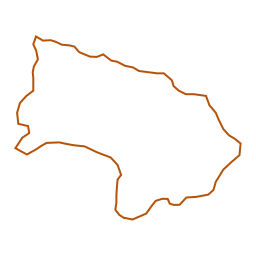 Tymvou, Cyprus
{"feature_id": "46923920B59196916955997", "entity_name": "Tymvou", "entity_type": "district", "adm_level": 2, "iso_a3": "CYP", "parent_name": "Cyprus", "parent_adm1": "", "projection": "albers", "projection_center": [33.506, 35.133], "detail": "fine", "context": "isolated", "style": "outline", "palette": "amber", "viewbox_px": 256, "rotation_deg": 0, "n_neighbors": 0, "source": "geoboundaries", "source_scale": "gbopen_adm2", "svg_char_len": 1112}
<svg xmlns="http://www.w3.org/2000/svg" viewBox="0 0 256 256"><path d="M36.0,36.5L33.3,44.3L36.2,50.7L37.9,59.4L33.9,66.4L32.7,72.2L33.3,78.0L33.3,90.7L26.4,95.9L20.0,102.9L17.1,112.8L17.8,119.1L18.3,123.8L28.1,126.1L29.2,133.1L22.3,137.7L15.4,148.2L26.9,154.5L36.2,149.3L41.4,145.8L46.6,142.9L59.3,142.4L67.3,144.1L74.3,145.3L84.7,146.4L96.8,152.2L110.7,157.5L117.6,165.0L121.1,174.9L117.6,179.5L117.0,185.9L116.4,195.2L116.4,202.7L115.3,209.7L119.3,214.9L124.1,218.0L124.3,217.8L132.5,219.5L146.2,213.6L151.1,206.7L155.6,200.9L162.6,198.7L162.8,198.7L163.8,198.9L167.7,198.9L169.7,203.6L173.8,204.9L179.6,204.8L186.4,197.5L196.2,196.9L208.3,194.6L213.5,189.9L215.8,181.8L223.3,169.6L231.4,162.1L239.5,155.1L240.6,143.5L234.9,138.9L229.1,135.4L223.3,129.0L218.7,119.7L215.8,112.8L209.4,105.2L206.0,95.9L193.8,94.2L185.8,94.2L178.8,90.7L173.6,86.1L171.9,80.3L163.8,73.3L156.9,73.3L139.0,71.0L133.2,67.5L125.1,65.8L117.0,61.7L111.3,60.6L103.2,54.4L96.9,56.9L89.9,56.6L84.4,54.3L79.2,52.1L74.4,46.6L69.6,45.4L61.8,44.7L55.5,41.7L50.7,40.2L43.0,40.6L36.0,36.5Z" fill="none" stroke="#b45309" stroke-width="2"/></svg>